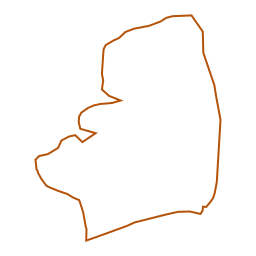 outline of Iyebukel, Koror, Palau
{"feature_id": "81905179B49247527018285", "entity_name": "Iyebukel", "entity_type": "district", "adm_level": 2, "iso_a3": "PLW", "parent_name": "Palau", "parent_adm1": "Koror", "projection": "mercator", "projection_center": [134.485, 7.349], "detail": "fine", "context": "isolated", "style": "outline", "palette": "amber", "viewbox_px": 256, "rotation_deg": 0, "n_neighbors": 0, "source": "geoboundaries", "source_scale": "gbopen_adm2", "svg_char_len": 892}
<svg xmlns="http://www.w3.org/2000/svg" viewBox="0 0 256 256"><path d="M86.2,240.6L95.0,237.5L126.7,226.0L134.7,222.4L164.4,214.9L178.1,211.8L189.7,211.5L200.5,213.9L202.6,210.7L203.0,206.7L206.3,206.9L210.9,201.3L213.3,197.6L214.7,193.1L216.8,182.0L220.5,119.8L215.8,94.5L214.4,85.3L203.3,52.7L202.8,31.7L191.5,15.4L172.5,16.2L166.1,17.9L160.8,21.4L148.8,25.9L134.0,28.7L125.4,32.0L119.0,38.0L113.7,40.4L105.8,45.0L103.6,49.2L101.9,73.8L103.2,80.6L101.9,89.5L109.1,95.9L120.6,100.5L112.0,103.0L100.1,104.0L93.9,105.4L88.1,107.9L81.2,112.7L79.1,116.8L78.7,122.2L80.3,128.8L95.6,133.2L82.4,142.1L75.2,135.2L69.0,136.5L61.4,140.6L58.1,147.9L47.8,154.1L39.2,156.0L35.5,159.7L36.5,169.4L37.5,170.6L38.1,173.0L41.5,179.2L46.3,185.6L48.2,186.8L58.2,190.9L67.3,194.0L73.4,197.7L79.1,200.1L80.1,202.7L83.1,212.1L85.7,226.4L86.5,229.0L86.2,240.6Z" fill="none" stroke="#b45309" stroke-width="2"/></svg>